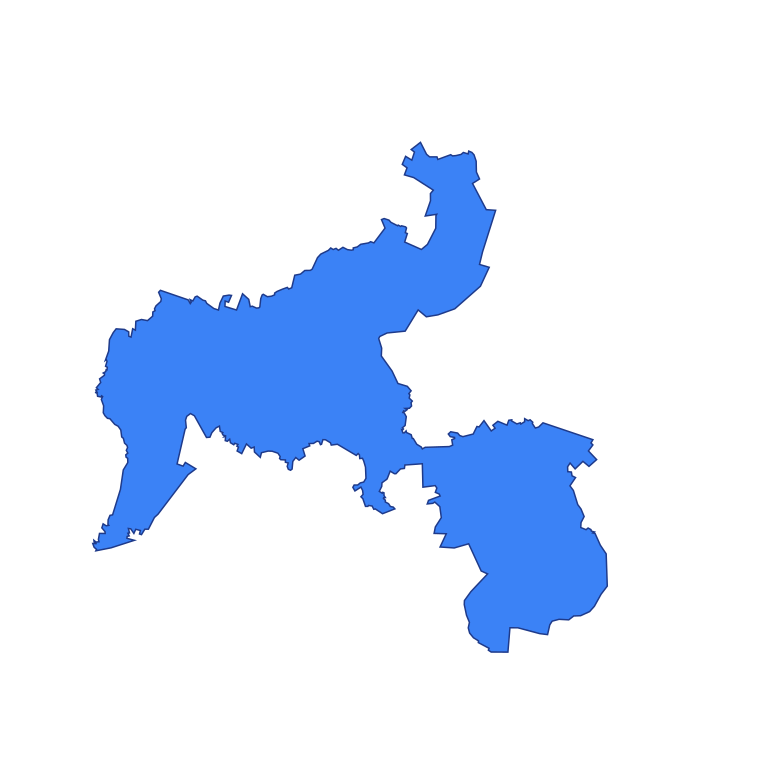 the district of Pichucalco, Chiapas, Mexico, rotated 198°
{"feature_id": "50627088B71001780437280", "entity_name": "Pichucalco", "entity_type": "district", "adm_level": 2, "iso_a3": "MEX", "parent_name": "Mexico", "parent_adm1": "Chiapas", "projection": "mercator", "projection_center": [-93.132, 17.509], "detail": "fine", "context": "isolated", "style": "filled", "palette": "blue", "viewbox_px": 768, "rotation_deg": 198, "n_neighbors": 0, "source": "geoboundaries", "source_scale": "gbopen_adm2", "svg_char_len": 6171}
<svg xmlns="http://www.w3.org/2000/svg" viewBox="0 0 768 768"><g transform="rotate(198 384 384)"><path d="M339.9,477.4L322.5,506.8L320.0,527.5L330.1,527.2L331.1,540.1L331.5,583.7L340.6,581.4L361.8,602.1L356.5,608.5L361.6,614.1L365.2,624.4L369.2,629.8L372.0,631.4L375.4,631.7L375.1,628.8L380.1,628.7L381.6,626.2L386.1,623.5L389.3,622.1L391.4,622.7L402.2,614.2L403.8,616.4L410.8,614.1L414.5,615.6L424.0,625.1L430.6,615.4L426.7,614.0L426.7,605.5L433.8,607.2L434.5,598.5L428.9,596.7L429.2,589.2L419.5,589.5L397.0,583.6L398.7,579.5L396.4,572.6L396.7,556.5L386.3,561.7L386.6,560.1L382.9,548.1L385.8,530.2L390.0,523.5L408.2,525.4L408.3,534.3L410.5,534.5L410.8,539.3L412.0,540.1L416.2,539.9L416.8,539.0L419.6,539.5L420.0,538.7L427.4,539.9L429.9,541.4L435.0,541.4L437.2,539.6L431.2,532.6L437.2,515.1L440.7,515.2L442.3,513.4L449.3,509.7L451.8,506.1L455.3,503.9L454.7,502.2L456.3,501.2L460.3,500.5L465.3,501.3L468.7,497.1L471.5,498.2L473.9,496.2L476.7,496.9L478.2,493.9L484.3,488.0L486.3,483.6L487.8,471.0L489.2,469.3L494.4,467.5L497.4,462.7L502.5,459.9L501.5,447.0L504.0,444.9L505.8,446.0L509.8,442.9L514.3,439.0L516.1,436.7L515.6,435.0L518.2,432.7L521.9,431.0L526.6,432.0L527.4,431.0L527.6,427.1L525.9,418.9L526.6,417.7L528.7,416.8L533.3,417.3L535.1,416.2L538.8,422.7L546.4,426.1L547.1,408.8L559.2,408.6L560.7,413.8L557.1,413.7L556.4,421.1L558.8,420.7L564.0,418.0L565.0,410.3L564.3,403.2L569.1,403.2L577.5,405.9L579.5,407.9L582.3,407.8L588.9,409.8L590.5,408.5L591.5,403.9L594.4,404.3L592.6,402.2L593.1,400.6L596.2,403.5L625.6,404.0L626.7,401.6L622.1,396.2L621.8,393.5L625.0,387.9L625.5,384.6L624.4,383.0L626.1,381.1L625.0,377.0L628.5,371.2L634.6,370.4L639.4,367.0L637.1,358.4L640.1,358.9L639.1,350.4L641.5,350.6L642.9,354.7L647.7,355.7L655.8,353.7L657.4,349.2L658.8,341.4L656.0,330.3L656.3,320.4L655.6,321.4L654.4,319.9L654.3,314.8L652.3,314.4L651.8,311.9L652.7,311.8L652.5,309.8L654.4,307.7L653.0,307.4L652.6,305.9L656.1,301.0L653.9,297.9L656.4,291.6L654.2,290.5L656.2,289.2L654.3,287.4L656.2,286.8L654.0,286.5L652.6,283.8L649.2,284.2L649.0,285.5L647.7,285.1L648.1,282.0L643.9,276.6L642.1,269.9L639.6,267.6L636.4,265.9L634.0,266.3L627.6,262.4L623.8,261.7L620.1,258.9L617.1,252.6L615.1,251.8L612.5,247.6L609.5,246.2L608.2,244.3L608.6,241.3L606.3,239.1L607.7,236.8L606.7,234.7L604.8,234.1L603.4,230.1L605.4,221.7L602.1,202.3L601.7,175.7L604.0,174.4L604.4,169.6L603.2,165.3L602.1,164.5L604.4,163.3L607.9,164.2L607.9,160.0L603.7,157.4L603.0,155.7L608.4,154.0L607.6,147.9L606.3,145.9L609.1,144.7L611.6,145.7L610.7,143.8L608.0,143.3L611.7,142.3L609.2,139.1L606.3,137.9L606.5,136.3L592.9,143.9L573.1,158.2L580.8,157.8L581.2,159.7L579.4,160.8L581.5,162.9L580.0,163.7L582.5,167.6L580.1,168.0L575.7,164.6L575.2,169.1L570.4,169.4L570.2,165.8L568.1,165.8L566.6,172.0L563.2,173.1L561.1,186.1L558.7,190.3L542.3,237.3L536.7,245.2L548.7,248.0L549.7,243.8L556.1,244.0L559.2,279.6L558.5,281.3L561.6,288.3L561.6,292.3L558.9,296.1L554.5,295.2L536.3,278.3L533.1,279.6L532.7,284.5L530.1,290.5L527.5,293.1L525.1,288.3L522.3,288.0L522.6,286.9L521.1,285.6L519.2,285.7L519.7,284.5L518.5,285.3L517.5,281.1L515.3,281.1L513.7,283.8L511.9,280.7L508.1,279.8L507.6,281.5L504.2,281.4L504.7,279.4L502.9,279.0L503.0,274.9L497.8,273.8L496.3,284.5L490.5,281.9L488.0,283.9L486.2,279.3L479.0,276.0L479.3,280.8L473.5,284.4L469.6,285.5L463.5,285.4L460.3,282.9L460.3,280.9L458.8,280.1L454.3,281.3L453.6,279.1L450.7,279.3L450.6,275.7L448.6,273.3L446.2,273.1L445.1,274.7L446.8,282.2L445.2,286.8L441.2,285.3L436.8,291.1L441.2,297.4L435.5,302.2L436.9,304.2L432.7,305.7L430.0,308.9L427.8,309.1L425.7,306.7L424.8,307.4L424.9,312.2L422.5,312.9L416.8,311.6L415.3,309.6L409.7,312.3L388.3,307.5L387.1,309.9L385.5,309.0L384.0,305.6L381.5,306.7L379.5,304.5L375.9,299.2L372.0,288.7L373.0,284.5L376.0,282.6L377.8,279.8L381.2,278.7L381.7,276.1L378.6,273.3L374.1,278.8L371.5,276.2L369.8,272.6L371.1,269.6L368.7,268.4L363.8,261.9L361.5,262.6L361.2,263.7L357.6,264.3L355.0,261.7L353.7,262.5L345.3,260.2L335.1,268.6L337.1,269.8L340.1,269.5L342.7,271.6L346.3,272.2L346.8,273.9L349.1,274.9L349.2,275.7L347.6,276.4L349.5,277.9L350.4,280.5L351.7,280.6L351.9,279.6L355.3,280.4L354.5,285.9L355.4,289.4L351.7,294.6L351.2,303.0L346.4,301.9L344.9,302.4L342.1,308.3L338.5,310.0L339.1,313.4L322.9,320.0L315.1,297.9L303.9,303.2L301.6,301.4L301.7,296.8L297.5,296.4L296.0,294.8L305.7,287.1L305.8,283.3L300.7,285.6L299.2,287.4L293.0,284.6L288.2,274.6L291.0,263.9L290.2,257.4L278.5,260.8L280.3,246.3L266.5,249.8L254.1,258.2L233.8,236.2L226.8,235.4L237.2,213.4L240.6,202.9L239.5,199.0L234.1,189.6L229.1,183.7L228.5,178.1L225.6,173.6L220.5,170.3L214.7,168.9L214.4,167.2L202.4,165.1L202.5,163.1L199.3,162.2L183.3,167.3L188.9,191.1L181.3,193.5L158.8,194.7L151.0,196.2L151.9,206.2L150.8,210.4L144.8,214.3L135.4,216.8L131.9,222.0L125.4,224.4L118.1,231.1L115.2,237.7L112.6,251.1L109.2,260.8L120.2,291.1L128.5,297.6L137.1,307.1L139.3,306.9L138.2,308.3L141.4,308.2L142.2,309.5L145.4,310.1L146.8,307.9L152.5,308.3L153.8,313.1L152.7,319.8L158.0,326.0L162.5,329.2L171.0,341.3L175.7,344.6L172.9,354.2L176.8,354.8L178.6,358.2L182.1,357.4L183.8,362.0L182.6,366.3L176.0,362.3L170.9,371.9L163.6,369.0L158.4,377.8L168.9,383.5L166.5,390.6L168.9,391.9L168.1,395.6L220.8,396.2L223.6,390.9L226.5,388.9L230.7,392.2L230.7,393.6L234.0,395.1L235.6,393.7L239.5,394.5L238.6,391.6L241.5,388.2L242.4,389.2L245.3,387.1L251.2,388.3L251.4,389.4L254.1,388.1L254.3,382.9L264.2,383.7L267.7,378.4L264.7,376.3L267.5,372.5L277.6,380.1L280.3,372.6L282.5,372.3L283.7,364.0L292.7,358.3L296.1,358.4L298.8,360.1L305.8,359.2L307.4,356.3L304.7,354.4L300.4,355.0L300.0,354.0L302.3,351.9L299.8,347.1L302.5,344.7L325.3,336.5L327.5,334.1L329.1,335.6L334.2,336.8L339.3,341.2L340.3,341.0L342.5,344.2L347.6,344.8L348.5,346.2L349.6,343.8L350.9,343.4L353.0,346.0L352.1,346.0L351.6,347.2L353.0,348.0L351.1,351.1L352.7,359.8L355.9,362.8L357.3,362.7L357.0,364.5L355.7,364.4L354.1,366.7L356.3,367.3L352.3,368.8L351.0,371.6L352.5,374.6L351.8,376.5L355.7,378.4L356.0,381.6L357.4,382.5L356.1,385.9L361.1,389.0L370.9,388.8L380.3,398.8L395.2,409.8L397.3,417.4L403.1,425.6L402.7,427.9L396.8,433.5L380.2,440.8L374.4,465.0L364.5,461.0L354.1,466.4L339.9,477.4Z" fill="#3b82f6" stroke="#1e3a8a" stroke-width="1.5"/></g></svg>